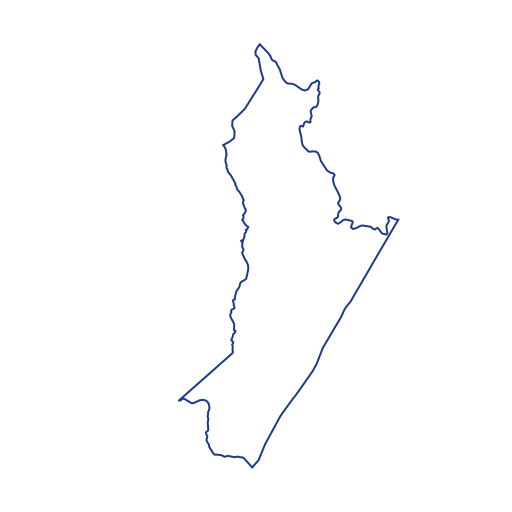 outline of Eastern, rotated 319°
{"feature_id": "ZMB-518", "entity_name": "Eastern", "entity_type": "Province", "adm_level": 1, "iso_a3": "ZMB", "parent_name": "Zambia", "parent_adm1": "", "projection": "orthographic", "projection_center": [31.874, -13.313], "detail": "fine", "context": "isolated", "style": "outline", "palette": "blue", "viewbox_px": 512, "rotation_deg": 319, "n_neighbors": 0, "source": "natural_earth", "source_scale": "10m", "svg_char_len": 5150}
<svg xmlns="http://www.w3.org/2000/svg" viewBox="0 0 512 512"><g transform="rotate(319 256 256)"><path d="M397.7,98.7L398.4,110.8L398.1,114.2L396.9,117.8L396.9,119.3L397.9,121.3L398.3,122.7L397.9,124.2L397.4,125.7L396.5,130.5L392.8,139.0L392.5,142.2L392.6,145.3L393.3,146.9L395.9,149.4L396.9,150.7L398.1,153.8L399.7,160.3L401.4,163.1L404.7,164.3L411.4,162.3L415.0,163.6L416.6,163.5L417.6,163.9L417.8,165.9L416.9,167.4L416.5,167.6L414.1,169.1L413.4,170.6L412.0,170.9L411.6,171.6L411.5,173.9L410.7,175.0L407.9,176.1L406.9,177.1L405.4,179.2L403.5,181.1L401.4,182.4L399.4,182.9L398.6,182.6L397.9,182.2L397.0,181.7L395.8,181.6L393.4,182.0L392.6,182.3L391.6,183.5L390.0,186.7L388.7,187.6L387.8,187.9L387.3,188.3L386.8,188.6L386.4,188.9L385.8,189.5L385.5,190.1L385.1,190.6L384.1,190.6L383.7,190.1L382.7,188.0L382.0,187.4L381.1,187.1L380.5,187.2L379.0,187.6L378.3,188.0L377.4,188.7L376.6,189.1L376.0,188.5L375.6,187.7L375.1,187.2L374.5,187.1L373.7,187.4L372.4,188.5L371.4,189.8L368.6,195.4L365.2,200.4L364.0,202.9L363.7,204.6L364.2,211.5L364.8,212.5L367.3,214.1L369.5,216.2L370.3,218.5L369.8,221.1L367.3,226.9L365.8,237.3L365.9,238.9L366.3,240.5L367.0,242.1L368.5,244.3L368.7,245.4L368.2,246.7L365.5,247.5L363.2,250.4L361.5,254.0L360.2,259.4L358.9,264.4L357.3,268.0L354.7,269.4L353.0,269.7L352.2,270.7L352.0,272.2L352.1,273.9L351.6,276.0L350.4,276.8L347.1,277.3L345.8,278.1L343.4,280.2L342.2,280.4L340.5,279.8L339.2,279.7L338.3,280.4L337.9,282.4L339.0,285.4L341.9,286.0L345.2,286.1L347.6,287.2L351.1,292.1L351.6,293.2L350.8,294.3L347.5,295.9L346.5,296.9L347.0,299.4L349.6,300.6L353.0,301.3L355.8,302.4L357.1,303.6L361.7,309.2L362.0,310.7L362.2,312.1L362.8,313.5L363.5,314.2L365.2,314.1L365.9,314.5L366.4,315.3L366.4,315.8L366.3,316.3L365.9,321.1L366.4,322.5L368.5,325.3L370.2,324.9L373.1,320.2L374.3,318.8L375.6,318.2L378.8,317.2L379.6,316.4L380.5,314.0L381.4,313.5L382.7,314.6L385.5,320.0L387.1,321.9L380.4,324.2L372.4,326.9L360.9,330.8L345.2,336.1L329.8,341.4L316.0,346.1L306.4,349.3L297.9,352.3L290.5,353.6L287.0,354.7L280.2,357.9L271.0,360.9L259.0,364.9L245.9,369.3L239.7,372.6L231.2,377.1L223.4,380.0L213.9,382.4L202.2,385.3L192.7,387.6L191.1,387.7L178.2,390.7L169.2,392.9L156.6,397.6L148.8,400.5L139.2,404.1L130.7,408.4L124.0,411.8L116.1,412.8L114.6,413.3L114.4,413.1L114.3,401.9L113.7,399.1L113.3,398.8L112.3,397.8L111.6,396.6L110.7,395.6L109.9,395.0L108.6,394.3L108.1,394.0L107.6,393.5L103.9,388.7L103.6,388.3L103.2,388.1L101.1,387.3L100.5,386.7L100.1,386.0L99.8,384.8L99.5,384.1L99.0,383.5L96.7,380.8L94.8,379.1L94.2,378.1L94.8,373.4L95.4,369.9L95.8,368.9L96.2,368.2L96.4,368.0L97.0,366.3L97.2,364.3L97.5,363.3L97.8,362.6L98.8,361.6L99.5,361.1L100.0,360.9L100.5,360.6L101.0,360.0L101.3,359.2L101.5,357.9L101.9,357.0L102.2,356.5L102.7,356.2L103.2,356.2L104.3,356.3L104.8,356.4L105.3,356.3L105.8,356.0L106.5,355.2L110.0,350.4L112.6,348.1L113.3,347.4L113.7,346.7L114.1,345.6L114.5,345.1L114.9,344.7L115.7,344.3L116.9,342.9L117.7,342.3L120.1,341.0L121.1,340.2L121.7,339.4L122.6,337.8L123.1,336.9L123.5,335.6L123.6,334.9L123.7,334.2L123.5,333.1L123.4,332.6L123.3,332.2L122.7,331.4L122.3,330.5L122.1,330.2L121.7,329.9L121.2,329.7L120.8,329.4L119.8,328.5L119.4,328.2L118.4,327.8L114.1,326.6L111.7,325.6L111.2,325.3L110.8,324.7L108.3,317.1L107.9,316.2L107.4,315.9L106.8,315.7L105.0,315.5L104.0,315.2L103.5,315.0L103.1,314.8L103.2,314.5L174.1,313.9L174.9,313.6L175.8,313.1L176.3,312.0L176.9,311.2L178.4,309.8L179.9,307.6L179.9,307.3L181.9,306.6L182.3,305.0L182.2,303.5L183.0,302.7L184.2,302.4L186.6,300.7L187.6,300.1L190.3,299.8L191.3,299.1L190.8,297.6L192.2,296.0L192.4,295.8L194.6,293.4L195.2,292.1L196.8,285.3L198.0,283.4L200.4,282.3L201.5,280.9L202.4,280.6L204.7,281.2L205.9,281.0L206.8,278.7L208.5,276.5L208.9,275.2L209.3,274.5L210.0,274.3L210.9,274.5L211.5,274.9L211.9,274.6L212.7,273.6L216.4,270.8L218.5,269.6L222.8,268.6L224.8,267.2L225.8,266.5L227.8,265.8L229.3,266.1L231.2,266.6L233.0,266.8L234.5,266.2L241.8,260.6L244.0,257.7L245.1,254.1L245.7,250.4L247.4,245.0L247.9,244.2L249.7,243.7L250.5,243.2L251.0,242.5L251.2,241.6L251.8,239.7L253.2,238.4L254.5,237.0L254.7,234.8L255.4,234.8L255.5,235.2L255.8,235.7L256.0,236.1L257.5,235.1L259.5,234.1L260.7,233.1L261.7,232.0L262.2,231.6L264.1,231.4L264.8,231.0L265.2,230.4L265.5,229.6L266.6,230.0L267.4,229.8L268.1,229.4L269.2,229.0L268.7,227.1L268.6,225.2L268.8,223.3L269.2,221.8L269.3,221.4L269.1,220.4L269.2,220.0L269.7,219.5L270.2,219.5L270.8,219.5L271.2,219.3L272.3,218.1L272.8,217.6L273.0,216.7L274.0,216.6L276.0,216.1L277.8,215.3L278.7,214.5L278.9,212.7L280.4,208.5L281.3,207.0L282.1,206.4L282.9,206.1L283.4,205.8L283.9,203.8L284.7,201.9L284.9,200.9L285.0,199.7L285.5,196.6L285.5,193.5L285.8,192.6L286.3,191.9L286.6,191.1L287.0,188.8L288.0,187.7L290.0,178.5L290.0,174.4L290.2,173.6L291.1,172.4L291.3,171.8L291.4,170.5L291.8,169.8L292.4,169.3L293.2,168.3L293.8,167.3L295.0,164.5L296.2,163.3L300.8,159.6L301.0,158.7L302.7,156.7L303.4,154.8L303.9,152.8L304.0,150.8L311.7,152.5L317.1,152.5L321.7,147.8L323.3,142.3L327.2,138.3L332.6,138.3L344.2,137.6L365.1,131.3L377.5,127.4L381.5,118.8L387.7,108.5L387.7,104.1L389.5,101.4L393.2,99.8L397.7,98.7Z" fill="none" stroke="#1e3a8a" stroke-width="2"/></g></svg>